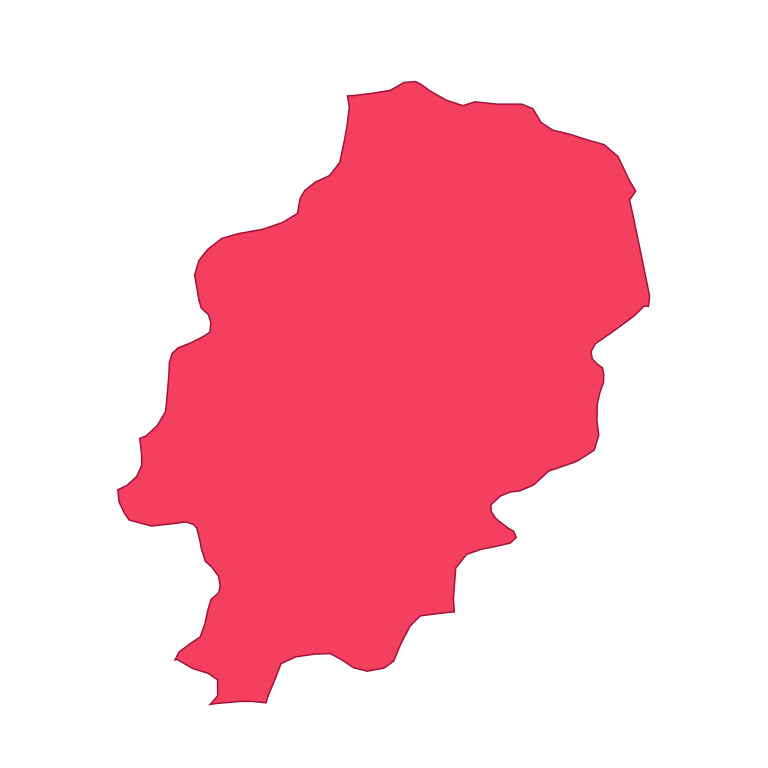 Čaška, orthographic projection, rotated 80°
{"feature_id": "MKD-2922", "entity_name": "Čaška", "entity_type": "Statistical Region", "adm_level": 1, "iso_a3": "MKD", "parent_name": "North Macedonia", "parent_adm1": "", "projection": "orthographic", "projection_center": [21.614, 41.585], "detail": "fine", "context": "isolated", "style": "filled", "palette": "rose", "viewbox_px": 768, "rotation_deg": 80, "n_neighbors": 0, "source": "natural_earth", "source_scale": "10m", "svg_char_len": 1986}
<svg xmlns="http://www.w3.org/2000/svg" viewBox="0 0 768 768"><g transform="rotate(80 384 384)"><path d="M93.9,370.0L94.6,364.7L95.7,343.4L95.8,326.3L90.5,312.0L91.6,300.6L95.9,294.9L103.4,287.8L115.1,273.6L123.6,257.9L121.9,245.4L128.1,223.7L132.4,199.5L138.8,189.5L153.6,183.9L163.2,173.9L170.7,156.8L178.3,142.6L186.7,125.4L200.6,114.1L226.1,107.0L237.8,102.6L245.4,110.2L264.0,109.4L287.6,108.7L315.3,107.9L343.6,107.2L353.5,110.1L352.3,114.2L360.3,125.7L371.9,149.0L381.2,169.1L388.1,174.5L395.6,174.5L401.3,170.6L406.0,166.0L412.9,166.0L420.4,167.5L430.2,173.0L441.2,177.6L457.3,180.7L471.7,181.4L485.6,188.4L493.7,207.7L498.4,237.1L509.4,254.1L512.8,268.8L512.3,278.9L514.6,288.9L521.6,299.8L528.5,300.5L535.5,297.4L539.4,294.3L547.6,286.6L551.6,281.9L558.0,280.4L562.6,287.3L563.2,298.9L563.7,317.5L566.1,332.2L577.7,345.3L607.9,353.0L620.7,354.4L620.3,357.0L619.2,375.5L618.7,388.7L626.8,400.2L642.9,412.6L658.6,422.6L663.8,433.4L663.9,450.4L658.0,463.5L648.9,472.8L640.2,483.6L637.9,499.9L637.4,518.4L641.5,533.9L655.3,542.3L671.1,552.3L677.5,555.6L673.4,570.2L671.6,581.1L669.6,603.7L669.3,610.9L668.2,609.2L662.0,601.9L646.4,599.3L638.4,607.4L630.9,621.9L619.4,635.5L619.4,637.8L612.3,632.3L605.7,619.3L601.2,608.9L588.9,601.9L575.9,596.7L566.0,591.6L560.8,582.9L553.7,580.3L544.6,580.3L534.2,585.5L527.8,590.7L514.1,592.5L505.6,592.5L493.3,593.4L489.3,596.0L485.5,602.9L484.8,617.7L483.5,637.6L473.8,658.5L466.7,661.9L454.2,665.4L441.9,664.5L439.3,655.0L432.2,643.7L422.3,636.8L412.6,635.1L400.9,634.2L395.3,634.2L393.8,627.2L385.3,614.2L373.0,603.8L357.4,599.5L337.8,594.3L325.5,591.6L317.1,587.3L312.6,580.4L310.0,567.3L306.0,554.3L302.8,546.5L293.7,543.9L285.3,544.8L277.5,550.8L269.0,551.7L256.7,551.6L243.7,551.6L230.1,544.7L220.9,534.3L212.5,518.6L210.6,501.3L210.6,477.0L207.4,456.1L201.0,439.6L186.7,434.4L179.6,428.3L173.1,416.2L169.3,401.4L158.2,389.2L136.8,380.5L122.5,375.3L105.1,370.0L93.9,370.0Z" fill="#f43f5e" stroke="#9f1239" stroke-width="1.5"/></g></svg>